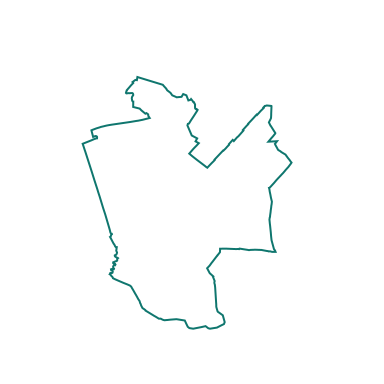 the district of Galgauskas pag., Gulbene, Latvia, rotated 323°
{"feature_id": "27541924B87503038984023", "entity_name": "Galgauskas pag.", "entity_type": "district", "adm_level": 2, "iso_a3": "LVA", "parent_name": "Latvia", "parent_adm1": "Gulbene", "projection": "albers", "projection_center": [26.584, 57.171], "detail": "fine", "context": "isolated", "style": "outline", "palette": "teal", "viewbox_px": 384, "rotation_deg": 323, "n_neighbors": 0, "source": "geoboundaries", "source_scale": "gbopen_adm2", "svg_char_len": 5696}
<svg xmlns="http://www.w3.org/2000/svg" viewBox="0 0 384 384"><g transform="rotate(323 192 192)"><path d="M307.2,171.1L306.4,170.3L303.8,167.9L302.1,167.3L301.9,167.1L299.8,167.5L299.9,168.0L298.0,168.3L295.7,168.6L292.6,169.2L290.3,169.6L290.3,169.1L288.8,169.3L286.4,169.8L283.1,170.4L277.8,171.3L277.7,171.7L275.6,172.0L269.9,173.1L270.0,173.9L267.5,174.4L262.6,175.4L260.7,175.5L256.1,176.5L256.1,176.4L255.9,174.9L250.2,176.0L250.0,176.6L247.4,177.0L245.0,177.5L242.0,177.9L241.9,177.6L236.5,178.5L229.5,179.7L229.5,180.1L227.9,180.4L224.8,180.8L218.8,181.8L218.3,180.2L218.0,178.9L215.3,169.4L214.4,166.0L213.8,163.7L212.9,159.7L218.4,158.5L220.7,158.1L223.5,157.7L226.8,157.1L225.3,153.7L228.4,152.3L226.3,147.8L225.8,146.7L226.2,145.1L226.3,144.7L227.3,140.6L228.4,136.1L229.7,135.1L230.8,135.5L234.1,134.2L235.2,133.8L238.9,132.5L243.5,130.8L244.9,130.3L245.9,129.8L245.6,128.5L245.1,128.4L244.8,127.2L245.5,126.0L247.2,123.8L247.3,122.2L247.6,121.8L247.6,121.3L247.1,120.6L247.3,119.9L247.2,117.2L246.3,117.5L244.2,116.7L245.7,111.4L243.9,108.5L240.9,109.7L236.7,107.1L236.4,106.4L234.4,102.9L234.5,99.9L234.0,98.0L233.4,95.9L233.4,95.6L233.6,94.4L233.5,93.9L233.6,93.7L233.3,90.7L233.2,88.8L218.8,69.0L217.6,67.3L215.3,69.5L214.2,68.4L210.7,68.4L210.8,69.0L210.7,69.6L206.9,70.2L206.7,70.3L201.5,71.4L201.5,71.5L201.4,71.6L201.2,71.7L200.9,71.7L200.6,71.8L200.4,72.0L200.2,72.1L198.9,73.1L198.9,73.3L198.9,73.6L199.1,73.9L199.2,74.0L200.5,74.6L201.3,75.3L203.8,77.0L204.0,77.3L204.0,77.5L204.0,77.9L204.0,78.1L203.8,78.6L203.5,79.1L203.3,79.3L203.0,79.4L202.4,79.6L201.9,79.7L201.6,79.9L201.2,80.1L200.4,80.8L200.2,81.1L200.0,81.4L199.7,82.1L199.4,82.5L199.3,82.9L199.1,83.6L199.1,83.9L199.1,84.2L199.2,84.5L199.4,84.6L197.5,87.0L196.2,88.7L200.4,93.9L200.7,96.3L201.5,99.7L201.9,101.4L203.1,101.6L203.7,103.6L202.9,104.9L202.8,106.8L202.7,106.9L202.7,107.4L199.1,105.9L196.0,104.6L193.3,103.3L192.0,102.7L190.4,101.8L187.7,100.4L184.8,98.9L168.2,89.8L166.1,88.7L164.1,87.7L163.0,87.2L161.1,86.4L158.4,85.2L157.1,84.8L154.1,83.7L150.0,82.5L148.8,82.2L148.2,83.6L146.2,88.5L148.0,89.0L148.3,89.2L148.7,89.3L148.9,89.5L149.3,90.0L149.4,90.6L149.3,90.9L149.1,91.2L148.5,91.9L148.4,91.8L146.6,91.2L146.2,91.0L142.4,90.1L133.7,87.7L132.9,90.1L131.4,94.5L131.3,94.9L126.3,109.3L124.0,115.9L121.0,124.3L119.0,130.1L118.0,133.0L117.1,135.4L115.8,139.2L115.6,139.8L111.5,151.0L109.1,158.0L103.6,172.6L102.4,175.4L102.3,176.7L102.3,176.8L102.7,177.1L103.4,177.6L102.7,177.5L101.7,177.5L101.5,177.8L100.3,178.5L100.2,178.7L100.0,178.8L99.8,178.8L99.5,178.7L99.3,180.1L98.3,186.1L98.3,186.5L98.3,186.8L98.4,187.0L97.9,189.3L98.1,189.9L98.0,190.1L98.0,190.3L98.3,190.4L98.4,190.5L98.7,190.8L98.3,191.1L97.4,192.1L96.8,192.7L96.5,192.9L96.3,193.1L96.2,193.3L96.0,193.9L95.9,194.5L95.8,194.8L95.7,195.2L95.5,195.5L94.9,195.8L94.0,196.4L93.6,196.5L93.2,196.4L92.8,196.3L92.4,196.1L92.2,196.1L91.9,196.5L91.8,196.9L91.8,197.4L92.4,199.0L92.6,199.4L93.0,199.8L93.1,200.3L92.0,200.4L91.0,201.7L90.2,201.8L89.5,201.4L88.2,201.1L87.5,201.0L86.9,200.7L86.3,201.2L86.4,201.8L87.3,203.1L87.2,203.9L86.4,204.2L86.0,203.6L85.3,203.5L84.8,203.7L84.0,204.2L83.5,205.2L83.6,206.3L83.1,206.6L82.7,206.3L82.2,205.6L81.7,205.3L80.8,205.0L80.4,205.9L80.7,206.3L81.1,206.5L81.2,206.9L80.8,207.9L79.9,208.6L79.1,208.5L78.6,207.8L77.7,207.6L77.3,208.1L76.8,208.2L77.1,209.0L77.1,210.6L77.3,211.6L77.3,212.0L77.2,212.7L77.1,213.0L77.0,213.3L78.0,215.3L79.8,218.5L82.6,223.4L84.8,227.0L86.1,229.3L86.5,231.0L86.4,231.5L86.2,232.9L86.1,234.1L85.4,239.5L85.3,240.6L84.6,245.4L84.5,247.6L84.4,247.8L83.7,249.6L83.7,250.2L83.1,252.0L82.7,254.3L82.6,254.9L83.3,256.9L83.7,258.3L83.5,258.7L86.4,266.0L87.3,268.3L87.9,269.6L89.3,273.2L90.8,274.3L91.3,275.5L92.0,276.8L92.9,277.9L94.4,278.8L95.3,279.4L97.2,280.5L99.9,282.2L103.0,284.2L104.1,285.3L108.9,290.3L108.1,294.0L107.5,297.1L108.0,299.1L110.7,301.9L118.1,305.5L122.1,307.3L123.0,310.6L124.1,312.0L130.3,315.3L135.5,316.2L138.0,316.7L139.8,315.6L142.4,309.0L141.0,304.5L140.7,303.7L140.6,303.3L140.6,303.0L140.6,302.7L141.7,299.8L142.3,298.3L142.6,297.9L143.9,296.1L144.6,295.0L153.1,282.1L154.5,279.7L154.8,278.8L155.0,278.4L155.2,278.0L155.9,277.2L156.5,276.8L157.8,272.1L158.2,272.1L157.3,267.5L158.2,262.0L161.8,261.4L165.3,260.3L165.9,260.2L174.1,257.9L174.1,258.0L178.1,256.9L180.0,254.6L180.3,254.2L185.3,257.9L189.9,261.7L192.6,263.9L194.4,265.2L195.3,266.0L195.5,265.9L195.5,265.7L195.9,265.8L198.2,268.2L201.8,271.9L202.2,272.4L202.6,272.8L203.2,273.1L203.5,273.2L207.7,276.1L212.6,280.1L216.6,284.5L217.1,284.9L217.4,285.5L217.6,285.7L218.6,286.3L220.0,288.1L222.7,290.1L223.1,288.7L223.1,286.9L226.5,278.4L227.5,276.7L228.7,274.7L230.6,271.7L234.1,265.9L235.2,264.0L236.8,261.4L237.1,260.8L238.6,259.3L238.8,259.1L239.1,259.0L239.6,258.5L240.2,257.8L241.9,256.1L242.8,255.2L243.6,254.3L246.0,251.9L247.1,250.7L248.2,249.7L250.0,247.8L251.6,244.1L252.2,242.9L253.0,241.3L254.3,238.5L255.4,236.5L255.9,235.3L256.0,235.4L257.0,235.2L258.5,235.0L259.4,234.8L262.7,234.2L267.1,233.2L273.5,232.1L274.6,231.9L276.0,231.7L278.7,231.1L280.3,230.7L284.0,230.0L288.2,228.8L289.2,228.4L289.2,228.1L289.1,227.1L289.2,225.6L289.1,222.4L289.1,221.2L289.2,220.8L289.1,220.5L289.2,218.4L288.7,217.2L287.5,214.2L287.4,213.8L287.3,213.7L287.3,213.4L287.1,212.6L286.6,211.5L286.1,210.0L286.4,208.4L286.9,204.7L287.2,203.5L287.3,203.5L290.5,202.6L286.7,200.1L283.3,197.8L288.0,196.7L288.4,196.6L288.7,196.6L290.5,196.2L292.8,195.6L293.7,195.4L293.8,195.3L294.0,195.1L294.3,191.4L294.7,186.5L294.6,186.3L295.3,182.7L297.9,181.4L298.0,181.4L298.9,180.9L299.6,180.5L301.8,177.9L301.9,177.7L305.9,172.8L307.2,171.2L307.2,171.1Z" fill="none" stroke="#0f766e" stroke-width="2"/></g></svg>